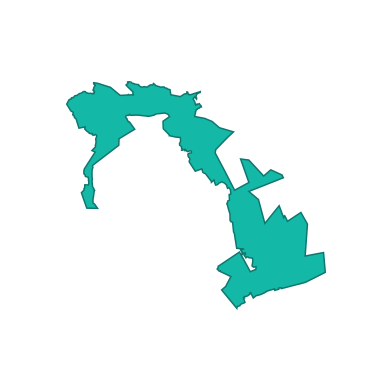 outline of Ciudad Fernández, San Luis Potosí, Mexico, rotated 41°
{"feature_id": "50627088B46158390709615", "entity_name": "Ciudad Fernández", "entity_type": "district", "adm_level": 2, "iso_a3": "MEX", "parent_name": "Mexico", "parent_adm1": "San Luis Potosí", "projection": "orthographic", "projection_center": [-100.29, 21.991], "detail": "fine", "context": "isolated", "style": "filled", "palette": "teal", "viewbox_px": 384, "rotation_deg": 41, "n_neighbors": 0, "source": "geoboundaries", "source_scale": "gbopen_adm2", "svg_char_len": 5946}
<svg xmlns="http://www.w3.org/2000/svg" viewBox="0 0 384 384"><g transform="rotate(41 192 192)"><path d="M39.8,207.9L47.4,210.3L48.6,210.1L49.7,209.8L50.5,210.1L51.0,211.6L52.2,212.2L52.5,211.7L53.6,212.1L54.5,213.0L55.9,212.8L57.1,213.2L64.8,218.0L68.6,213.0L69.5,214.5L69.9,214.9L70.5,214.7L71.2,215.0L72.8,215.1L75.0,214.8L75.4,214.8L75.9,215.1L77.4,214.4L77.6,213.9L78.3,213.3L78.7,213.3L78.9,213.9L79.1,214.2L79.5,214.2L80.8,213.5L81.0,212.9L81.4,212.0L82.9,211.9L84.0,213.2L84.1,214.2L84.7,215.3L85.4,216.0L86.0,216.3L86.2,216.6L87.6,218.4L88.6,220.5L89.3,220.8L89.7,221.9L89.4,223.4L89.3,226.4L92.7,225.3L95.6,245.1L96.3,246.7L98.5,249.2L100.3,249.3L101.3,250.2L104.2,248.9L105.2,250.1L105.6,250.3L106.3,251.2L106.5,251.1L108.4,253.2L109.2,254.6L106.4,256.9L108.2,259.3L108.2,260.2L109.2,261.2L109.0,265.1L111.5,266.6L123.2,273.2L131.5,266.3L126.2,265.0L124.7,265.3L122.5,263.1L120.5,259.9L117.3,255.0L117.0,254.8L117.2,254.6L116.0,254.1L115.9,254.2L115.2,253.7L113.8,253.4L113.4,253.1L109.6,249.6L108.3,247.6L107.3,246.8L106.1,245.6L102.3,241.2L101.1,238.5L99.5,237.2L106.1,204.8L102.0,199.7L107.6,182.2L99.0,180.2L99.0,180.4L97.7,180.7L95.3,179.8L95.0,179.4L92.7,179.1L92.5,178.8L92.3,178.1L92.4,177.2L94.0,175.6L93.9,174.5L95.3,174.4L100.4,169.7L109.8,163.2L113.2,158.5L113.5,156.9L119.6,150.3L122.7,149.1L125.6,149.9L123.7,157.6L127.7,162.0L128.9,163.1L137.7,163.8L137.9,164.4L143.7,161.2L147.5,158.5L149.8,160.9L150.3,161.7L150.8,163.7L151.5,164.2L151.8,164.7L152.5,164.8L152.9,164.6L154.4,164.8L154.8,165.1L155.3,165.8L155.8,166.0L156.4,165.9L156.7,166.1L156.8,166.7L156.6,167.2L156.7,167.3L157.3,166.8L157.8,166.0L157.9,165.2L158.6,164.6L159.3,164.3L159.5,164.6L159.4,165.4L159.6,165.5L160.3,164.5L161.6,164.6L162.2,164.4L163.4,162.3L164.3,161.7L164.7,161.7L165.4,162.1L165.8,162.8L165.3,163.6L164.6,164.3L164.4,164.6L164.0,165.8L164.1,166.2L164.9,166.7L165.5,167.5L166.9,168.0L167.4,167.9L168.6,168.4L169.0,168.8L169.5,170.3L170.0,171.0L170.8,171.3L180.8,174.2L183.6,169.2L183.8,169.2L184.0,168.5L184.5,168.1L184.8,168.2L185.5,168.9L186.6,169.7L187.9,170.1L190.1,169.3L199.7,171.3L200.3,171.9L200.7,168.5L203.2,170.2L205.3,171.3L206.1,170.3L206.5,169.0L206.5,167.7L206.6,167.1L207.1,166.6L207.3,166.1L207.6,164.8L208.1,164.5L209.1,164.5L210.6,163.9L213.7,164.2L214.9,165.1L216.4,165.9L217.0,164.6L219.4,165.0L222.6,168.0L222.6,168.5L221.7,169.4L222.0,170.0L223.2,171.0L224.6,172.6L225.1,172.9L225.6,173.5L224.9,175.3L226.0,177.3L225.8,177.7L226.1,178.1L227.4,178.7L229.5,180.2L235.2,183.8L239.4,188.5L240.5,188.8L240.5,188.6L242.7,188.4L249.6,194.9L251.0,195.4L251.5,195.8L262.7,205.2L268.7,200.8L267.5,202.5L266.8,203.9L268.6,204.5L268.7,204.3L269.7,204.9L269.7,204.5L270.1,204.6L269.9,205.2L270.1,205.8L270.4,206.0L270.7,204.8L271.0,204.9L270.5,206.8L270.8,207.1L271.9,203.0L272.2,203.0L273.3,204.1L272.9,205.5L275.9,206.3L275.8,205.6L276.5,204.4L278.0,204.3L280.9,202.3L281.2,202.3L283.3,204.3L285.8,208.4L287.4,208.4L288.0,208.2L289.2,206.4L289.5,206.7L289.9,206.9L290.9,208.6L288.3,213.9L277.6,209.9L277.4,210.0L277.2,209.8L276.4,209.4L267.2,206.2L260.5,230.9L261.3,231.8L261.4,233.1L261.6,233.1L261.6,233.6L264.5,233.9L265.1,233.0L265.8,233.4L276.8,230.3L279.4,241.2L278.6,246.5L302.1,250.4L301.8,250.0L301.8,249.7L301.5,249.5L301.6,249.1L301.5,248.9L301.5,248.2L301.9,247.9L302.1,247.2L302.7,246.6L302.6,246.4L302.6,244.3L304.2,241.3L304.4,240.5L300.4,238.3L301.2,237.5L300.0,236.7L301.5,235.1L302.2,233.6L302.5,232.3L302.7,231.0L301.9,230.6L302.3,229.5L307.8,231.8L308.5,228.0L309.1,227.3L311.2,224.2L313.3,219.4L313.1,219.0L314.0,217.0L317.5,211.5L317.9,211.0L318.9,212.0L321.3,208.5L320.4,207.8L322.1,205.8L322.8,206.3L336.8,185.9L345.3,165.2L331.0,151.4L319.4,166.1L300.2,140.5L287.6,136.0L283.3,151.5L279.7,149.9L277.5,149.1L277.3,149.6L277.9,150.1L278.1,151.3L266.8,145.2L267.6,167.9L247.1,154.1L234.5,154.3L251.6,121.3L248.7,120.1L236.9,123.6L235.6,132.9L213.9,130.6L207.0,135.2L228.7,147.5L223.0,162.7L203.5,154.9L183.8,147.3L182.1,144.4L183.0,127.7L183.9,119.4L170.5,125.5L160.8,125.6L153.3,128.1L144.6,133.2L144.1,132.9L143.0,130.4L141.9,129.0L142.0,128.7L141.5,127.9L141.3,127.0L141.7,126.3L141.5,126.1L141.5,125.7L142.6,123.5L142.4,122.9L143.3,121.6L142.0,120.9L141.2,121.0L139.6,120.5L138.5,122.6L138.1,122.4L137.7,123.0L138.1,123.3L137.7,124.1L134.6,121.9L132.5,121.3L131.8,121.0L131.6,120.7L131.8,120.0L131.6,119.4L131.7,118.5L134.0,118.7L134.2,119.0L134.5,119.0L133.9,118.1L133.4,117.8L132.9,117.9L132.5,117.5L131.4,115.4L132.2,112.4L132.9,111.7L132.4,110.8L126.7,120.1L126.0,120.1L125.5,120.4L125.4,120.7L123.9,120.0L123.4,119.5L123.0,119.5L122.4,119.8L122.5,120.1L123.8,120.8L121.9,123.1L120.6,127.7L112.2,132.5L108.3,129.2L105.9,130.3L105.1,130.2L104.3,130.5L103.3,131.2L102.3,131.0L101.7,131.3L100.7,132.2L100.3,132.8L99.7,133.3L98.5,133.8L95.4,135.3L94.3,135.6L93.5,135.2L91.7,135.4L92.0,136.1L92.1,136.8L91.9,137.3L91.0,137.8L90.2,138.7L89.6,140.8L89.6,141.7L88.4,143.0L86.9,143.7L86.2,144.5L86.0,145.1L85.5,145.7L84.1,146.2L82.8,146.5L81.8,146.4L81.3,146.0L77.9,148.2L77.3,148.2L76.5,148.5L76.0,149.0L75.3,149.2L74.4,149.0L73.7,149.2L72.0,150.2L71.3,151.0L71.2,151.3L72.4,151.8L72.0,154.5L73.8,154.8L81.8,155.2L83.0,156.7L84.0,157.1L80.3,160.5L79.9,160.3L79.7,161.1L74.4,166.2L61.8,166.5L49.4,171.9L45.6,174.3L46.7,174.2L46.9,174.4L47.0,174.9L47.3,175.0L48.8,174.8L49.1,175.1L48.8,175.4L49.5,177.6L49.5,177.9L50.5,179.5L50.4,180.1L51.3,180.0L52.1,180.1L52.0,180.4L52.1,180.5L52.3,180.2L52.4,180.3L52.8,180.6L52.9,181.3L53.2,181.4L53.5,181.8L53.4,182.0L52.9,182.8L52.7,182.9L52.8,182.4L52.6,182.5L52.0,183.2L52.1,183.4L50.8,183.9L49.1,185.6L48.4,185.7L48.0,186.1L47.7,186.1L47.3,186.3L47.2,186.5L46.7,186.5L46.1,186.2L45.5,186.3L44.4,187.1L43.9,188.3L43.8,189.3L43.4,190.3L42.4,191.7L41.8,194.5L41.1,195.5L40.7,195.8L40.4,196.6L40.5,198.6L40.4,198.9L39.6,199.3L39.3,200.3L39.8,200.7L39.8,201.0L39.1,201.9L39.0,202.8L38.7,203.1L39.8,207.9Z" fill="#14b8a6" stroke="#0f766e" stroke-width="1.5"/></g></svg>